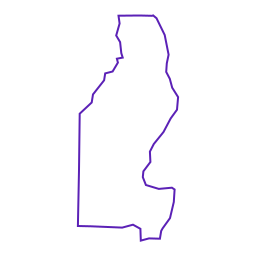 Benton, Tennessee, United States of America
{"feature_id": "52423323B75177719130655", "entity_name": "Benton", "entity_type": "district", "adm_level": 2, "iso_a3": "USA", "parent_name": "United States of America", "parent_adm1": "Tennessee", "projection": "albers", "projection_center": [-88.034, 36.086], "detail": "fine", "context": "isolated", "style": "outline", "palette": "violet", "viewbox_px": 256, "rotation_deg": 0, "n_neighbors": 0, "source": "geoboundaries", "source_scale": "gbopen_adm2", "svg_char_len": 709}
<svg xmlns="http://www.w3.org/2000/svg" viewBox="0 0 256 256"><path d="M91.1,226.3L122.2,227.6L133.0,224.7L140.4,228.8L140.8,240.6L149.0,238.4L159.9,238.7L161.2,230.9L162.6,228.4L170.0,218.1L173.8,202.0L174.6,189.5L171.9,187.7L158.8,188.9L145.9,185.0L142.8,177.1L143.4,171.3L150.4,162.0L149.9,151.6L153.8,144.0L163.5,132.0L170.7,118.4L177.0,109.7L178.1,97.1L172.2,87.7L169.8,78.8L166.2,71.9L166.8,63.3L168.6,54.7L164.7,35.0L156.5,18.2L153.1,15.4L152.2,15.8L139.6,15.5L118.5,15.7L119.6,23.5L116.2,35.5L120.1,42.1L121.3,53.2L122.7,57.6L116.9,58.7L117.9,62.6L112.6,71.5L105.2,73.4L104.1,80.3L93.0,94.4L91.7,102.5L79.7,113.7L79.0,170.1L77.9,226.0L91.1,226.3Z" fill="none" stroke="#5b21b6" stroke-width="2"/></svg>